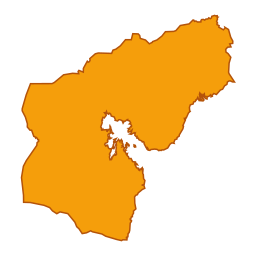 Morowali Utara, Sulawesi Tengah, Indonesia (Natural Earth projection)
{"feature_id": "22746128B96188894812390", "entity_name": "Morowali Utara", "entity_type": "district", "adm_level": 2, "iso_a3": "IDN", "parent_name": "Indonesia", "parent_adm1": "Sulawesi Tengah", "projection": "natural_earth1", "projection_center": [121.396, -1.847], "detail": "fine", "context": "isolated", "style": "filled", "palette": "amber", "viewbox_px": 256, "rotation_deg": 0, "n_neighbors": 0, "source": "geoboundaries", "source_scale": "gbopen_adm2", "svg_char_len": 5941}
<svg xmlns="http://www.w3.org/2000/svg" viewBox="0 0 256 256"><path d="M224.9,27.3L225.1,28.0L223.4,29.8L218.8,27.2L219.1,25.6L217.0,24.6L217.1,23.1L217.5,22.9L216.6,21.3L217.5,19.1L217.2,17.7L218.0,17.1L217.2,16.8L217.2,15.7L215.5,15.9L214.7,15.4L211.8,16.3L211.4,17.9L210.3,18.7L208.8,17.8L207.8,19.0L206.0,19.0L204.7,20.1L203.3,19.4L201.6,19.6L201.0,20.4L200.9,21.9L197.5,22.0L195.9,21.0L194.5,21.4L193.8,20.1L193.0,20.0L189.1,23.9L180.3,25.5L175.9,30.6L173.7,31.4L165.4,31.7L161.9,36.1L156.9,40.0L152.6,41.6L152.2,42.4L149.3,43.8L145.5,40.0L140.3,38.4L139.7,35.5L138.2,33.9L132.8,33.7L131.3,39.7L125.5,39.7L120.4,45.8L115.8,49.2L113.0,50.1L111.6,53.4L98.3,53.0L95.3,53.8L89.8,58.6L90.1,60.2L89.4,61.6L88.2,62.2L87.3,61.2L83.4,68.3L83.3,72.1L78.9,70.4L78.1,71.5L78.7,73.7L72.6,73.3L63.6,74.8L54.3,82.5L52.1,83.6L30.5,83.7L26.2,94.9L22.2,108.8L22.2,110.8L25.4,117.1L27.4,123.8L27.3,127.0L30.0,130.2L31.6,130.2L33.8,136.4L34.9,136.7L35.7,138.1L36.3,137.5L37.2,138.3L37.8,139.7L38.5,139.7L38.7,141.2L37.1,142.6L36.8,145.4L26.3,160.6L23.4,166.2L21.5,177.5L23.5,195.2L23.6,202.3L30.2,202.5L44.0,205.3L49.7,207.6L52.5,210.9L56.8,213.7L60.0,211.9L67.8,213.6L74.9,222.2L76.7,226.7L79.0,228.8L82.2,233.6L86.5,232.8L90.7,230.8L92.4,231.8L101.9,234.0L105.7,236.2L116.8,239.5L121.6,240.6L122.7,239.8L126.9,239.9L127.1,238.0L126.4,237.8L126.5,237.3L127.9,236.8L128.1,233.6L129.1,232.6L129.7,230.4L130.2,223.1L131.4,221.5L131.5,220.5L130.5,220.2L130.1,219.1L130.7,219.0L131.4,216.8L132.4,216.7L132.4,215.0L133.5,213.3L133.5,211.0L135.9,208.9L134.8,203.3L134.6,196.8L135.9,195.2L137.4,194.7L138.2,192.9L142.3,189.5L144.8,188.3L143.7,184.8L141.6,185.4L143.4,184.6L143.8,184.7L144.0,185.4L144.9,180.5L143.6,178.7L143.3,174.4L142.7,173.5L143.1,168.3L142.6,172.5L142.3,167.7L140.8,168.9L140.9,169.4L140.0,169.2L139.7,170.5L139.1,170.2L139.5,169.5L138.3,169.2L138.4,168.2L136.7,167.9L135.8,166.4L135.7,164.8L136.3,164.3L137.4,164.7L137.0,164.0L135.9,163.4L135.7,162.7L134.9,163.8L134.9,161.9L132.6,161.6L131.1,158.5L129.0,158.6L128.5,156.8L127.0,155.4L127.4,153.6L126.3,154.1L125.2,151.6L124.5,151.6L123.5,150.0L124.5,147.9L123.3,146.5L122.2,146.8L122.8,145.9L122.2,145.6L123.1,144.9L122.7,143.3L122.0,143.0L122.3,141.1L121.5,139.9L121.4,140.4L121.1,140.0L120.1,140.6L119.9,141.7L118.6,139.4L116.8,141.7L116.0,141.8L116.4,144.7L115.9,144.5L115.7,145.1L116.3,147.7L115.9,151.2L116.4,151.8L116.3,152.6L115.8,152.5L116.6,154.0L115.8,155.1L114.9,154.3L114.8,155.1L113.4,155.2L112.8,156.7L111.8,157.2L111.9,158.8L111.3,158.9L111.0,160.3L110.8,159.4L110.0,159.7L109.4,156.9L110.0,155.1L109.4,154.1L110.8,151.6L111.4,148.7L109.4,148.8L108.4,147.9L107.6,145.3L107.1,145.8L107.6,146.4L106.5,145.3L105.7,146.0L104.7,144.5L105.2,143.3L107.4,142.4L107.9,141.0L107.4,140.4L108.2,138.4L108.5,139.0L109.8,139.0L111.2,138.1L109.8,137.8L109.5,136.5L109.2,137.3L108.1,136.7L107.9,134.7L108.8,133.7L110.1,134.1L109.5,133.5L111.2,132.8L112.0,132.8L112.7,133.8L113.3,133.5L112.1,132.0L110.4,131.7L110.2,130.8L111.5,130.3L110.3,127.0L109.8,129.4L108.9,129.3L107.3,131.4L106.8,131.1L107.0,129.6L103.4,129.9L103.0,129.1L102.4,130.1L101.6,130.1L101.4,127.7L100.7,127.0L102.2,122.8L101.8,120.2L102.5,120.2L102.5,118.2L103.0,117.3L104.2,118.0L106.2,115.4L106.0,113.7L105.3,113.8L104.5,112.7L106.0,112.6L106.5,111.5L107.0,113.3L108.7,114.2L108.9,113.2L109.7,113.2L110.8,114.3L111.2,116.0L114.2,117.0L115.3,119.6L115.1,120.3L117.6,121.0L118.7,119.8L119.9,119.7L122.1,120.6L123.1,123.1L123.8,122.0L123.7,121.2L125.2,121.2L127.2,119.6L127.8,119.5L127.7,120.4L128.4,120.7L129.5,120.8L130.6,122.8L129.4,123.9L130.7,124.1L131.6,125.9L131.4,126.7L130.6,126.7L129.3,128.4L128.5,128.5L129.4,129.1L128.5,129.6L128.0,131.0L128.3,132.1L130.3,131.6L131.9,130.1L131.0,133.4L129.8,134.0L131.2,134.3L134.3,132.7L134.8,133.6L135.2,133.3L134.8,135.2L136.2,136.6L137.0,136.4L136.9,138.1L138.2,138.2L139.0,139.8L141.7,140.9L142.3,142.0L143.3,141.7L144.0,142.2L144.1,143.7L146.0,147.4L147.2,147.4L147.6,148.1L146.8,147.8L146.6,148.7L148.1,150.1L149.9,150.4L151.0,149.5L154.7,149.1L157.1,149.4L158.9,150.7L159.8,150.2L161.2,150.5L161.9,149.9L163.8,149.9L167.7,148.0L170.0,144.2L171.8,142.9L174.1,143.3L173.8,142.7L174.9,139.7L176.9,139.0L177.1,137.5L179.2,136.1L179.3,134.9L182.9,128.8L183.5,126.2L183.2,125.8L182.6,126.3L185.4,120.0L185.4,118.9L184.9,118.9L184.8,120.0L184.4,118.4L185.5,118.5L186.2,117.0L186.0,118.5L188.5,112.9L190.2,111.3L189.7,110.8L189.4,107.4L190.3,104.8L193.1,104.0L193.6,102.0L195.3,101.5L195.8,99.9L196.4,100.0L197.8,97.3L199.1,100.6L203.1,100.9L204.0,99.9L202.8,98.0L202.4,98.8L200.1,100.0L200.1,99.1L199.5,99.1L200.2,98.6L199.9,96.9L201.1,97.5L201.2,96.9L200.7,94.8L199.8,95.6L199.4,94.5L199.8,92.9L200.8,94.2L201.8,94.3L201.6,95.1L202.2,95.0L202.4,96.3L202.7,95.6L203.3,96.4L203.8,96.2L203.7,94.4L204.3,93.8L204.5,96.3L205.5,96.4L204.3,97.2L205.5,98.5L207.0,99.0L207.2,96.6L208.8,96.4L210.6,94.8L210.9,96.1L211.5,96.0L211.3,96.7L212.3,96.3L211.9,95.6L213.8,93.5L216.4,94.5L220.4,90.0L222.6,89.2L224.6,85.8L226.9,84.4L227.4,82.0L228.6,81.2L230.0,80.8L232.5,81.9L234.5,82.0L229.0,73.6L228.6,72.2L229.1,63.1L230.8,57.3L228.1,53.6L226.0,52.1L225.7,49.4L227.6,47.2L231.0,46.9L229.7,43.9L232.7,43.4L232.8,41.1L230.7,37.2L228.5,29.5L224.9,27.3ZM127.5,144.0L126.6,142.2L126.6,143.8L125.4,145.1L126.1,146.2L125.5,147.3L126.2,148.3L126.9,147.6L126.7,145.8L127.5,144.0ZM114.8,141.0L116.2,138.6L113.8,139.6L114.4,140.2L113.6,141.8L113.8,143.0L114.6,142.5L114.8,141.0ZM134.0,144.9L134.0,146.6L134.8,147.2L135.7,146.9L135.3,145.4L134.0,144.9ZM113.5,145.4L113.7,144.2L113.3,144.7L113.1,146.2L113.8,146.1L113.5,145.4ZM128.7,144.5L128.4,145.2L128.9,146.0L129.2,145.3L128.7,144.5ZM113.0,147.8L113.0,146.6L112.4,147.4L113.0,147.8ZM126.0,150.2L125.4,149.9L125.1,150.7L126.0,150.2ZM114.0,148.3L114.4,147.5L114.2,147.1L113.8,147.7L114.0,148.3ZM113.8,148.1L113.4,147.1L113.0,148.3L113.8,148.1ZM110.0,126.6L110.3,126.6L110.0,126.2L110.0,126.6Z" fill="#f59e0b" stroke="#b45309" stroke-width="1.5"/></svg>